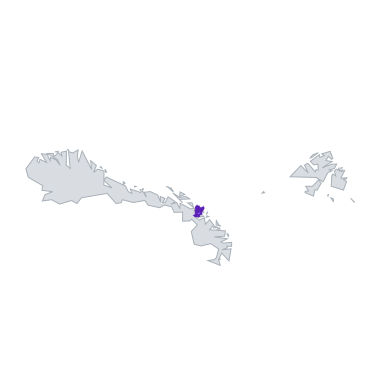 Tromsø nor, Troms, Norway (highlighted), rotated 74°
{"feature_id": "86288312B12055584821312", "entity_name": "Tromsø nor", "entity_type": "district", "adm_level": 2, "iso_a3": "NOR", "parent_name": "Norway", "parent_adm1": "Troms", "projection": "orthographic", "projection_center": [18.78, 69.672], "detail": "fine", "context": "in_parent", "style": "filled", "palette": "violet", "viewbox_px": 384, "rotation_deg": 74, "n_neighbors": 0, "source": "geoboundaries", "source_scale": "gbopen_adm2", "svg_char_len": 8238}
<svg xmlns="http://www.w3.org/2000/svg" viewBox="0 0 384 384"><g transform="rotate(74 192 192)"><path d="M225.2,196.0L218.0,199.8L219.2,202.2L217.4,209.2L208.8,206.5L206.6,214.8L200.6,215.6L196.9,222.1L198.2,227.4L192.6,237.7L187.1,239.8L185.9,251.4L180.2,261.1L182.7,262.9L182.2,268.1L169.9,274.0L167.1,300.0L171.4,305.7L167.0,310.1L167.1,322.6L160.7,329.1L159.4,338.3L154.0,334.0L153.3,325.8L149.0,335.8L144.8,333.7L132.7,345.3L123.9,345.3L115.0,333.6L116.5,329.8L119.6,332.5L121.8,331.1L118.7,329.1L123.5,323.6L113.7,326.2L116.1,320.8L122.9,319.8L119.7,318.5L123.5,314.0L130.0,311.4L123.9,312.5L115.0,320.6L116.7,314.6L120.1,314.9L117.3,309.7L121.4,307.1L117.7,307.0L118.1,301.4L131.4,305.5L135.8,302.6L119.2,299.5L121.6,295.8L120.1,289.9L126.9,292.7L131.7,292.5L122.3,286.3L142.6,282.3L134.0,280.8L140.2,276.6L146.2,281.3L144.0,276.4L147.6,270.8L160.9,274.8L166.1,267.8L156.6,273.5L153.9,270.3L167.9,254.3L174.1,253.2L176.8,250.1L172.1,250.5L178.3,241.5L177.0,239.4L184.4,237.2L179.1,237.7L180.1,232.0L185.6,225.7L192.8,225.0L187.6,223.7L190.7,219.7L193.9,223.0L194.6,220.6L190.0,216.3L196.7,210.8L198.1,215.7L197.8,209.6L204.8,208.2L199.5,206.6L207.8,198.0L208.6,193.6L211.6,195.8L210.4,193.3L215.6,188.8L215.5,194.2L218.7,186.8L217.8,195.3L220.9,192.7L220.1,187.2L226.7,188.0L223.5,182.6L229.7,180.3L233.2,185.5L238.6,170.6L243.5,172.8L241.2,183.0L246.7,171.0L248.0,178.0L249.7,176.3L251.3,167.8L255.2,168.9L253.5,173.4L255.3,173.3L255.8,179.2L257.4,170.1L268.5,175.5L258.8,180.2L264.1,185.0L270.3,185.1L262.3,195.6L263.1,189.1L261.7,186.5L254.1,182.1L246.8,188.3L246.3,198.3L242.8,204.3L229.8,203.6L225.2,196.0ZM205.0,45.2L208.8,48.7L208.3,54.5L210.2,51.5L210.9,56.2L218.4,63.3L212.3,68.5L204.4,93.5L196.6,80.1L205.7,75.1L197.2,76.4L196.3,72.8L206.7,67.9L204.7,66.7L205.7,64.5L199.9,63.4L199.5,67.6L195.1,69.7L191.2,59.3L194.0,59.6L193.4,54.8L191.1,56.8L191.0,48.0L198.6,47.4L199.1,48.8L195.4,51.1L198.7,54.7L201.3,48.9L204.6,60.1L203.8,49.8L205.0,45.2ZM213.4,39.3L219.7,45.1L221.1,39.1L221.8,39.7L221.6,43.0L224.5,40.5L231.9,45.9L224.8,56.6L214.7,53.0L213.5,51.6L216.2,49.4L211.1,49.3L209.9,47.0L211.4,45.5L209.1,44.0L212.6,44.4L212.2,41.4L213.5,42.8L213.4,39.3ZM219.1,65.3L224.7,71.2L223.9,73.5L229.5,76.3L223.7,83.5L222.5,83.0L223.1,79.6L217.8,81.2L219.7,74.7L215.3,67.1L219.1,65.3ZM195.7,206.0L199.8,204.0L187.6,210.7L193.9,205.2L194.6,199.2L198.0,196.1L195.7,206.0ZM202.4,195.0L207.7,194.6L201.3,199.1L202.4,195.0ZM207.7,191.7L215.2,185.8L211.2,192.1L207.7,191.7ZM189.0,59.7L191.6,66.6L192.1,69.5L189.7,66.0L189.0,59.7ZM192.3,199.6L192.9,205.1L188.7,203.5L192.3,199.6ZM232.8,173.8L230.2,177.9L226.2,176.5L230.7,175.4L232.8,173.8ZM233.5,176.6L232.5,181.2L230.8,180.0L233.5,176.6ZM182.5,210.8L186.9,209.9L181.9,213.0L182.5,210.8ZM246.3,39.0L241.7,41.3L246.4,38.7L246.3,39.0ZM237.3,58.2L240.6,58.6L235.9,60.1L237.3,58.2ZM241.1,170.0L243.8,168.6L244.8,169.4L241.1,170.0ZM235.3,175.2L234.9,177.7L234.0,175.7L235.3,175.2ZM220.1,182.7L220.2,185.2L219.0,184.3L220.1,182.7ZM212.7,122.5L212.4,124.9L211.3,123.0L212.7,122.5ZM233.9,62.6L232.3,62.4L232.1,61.6L233.9,62.6ZM165.1,253.9L165.8,256.0L163.2,255.2L165.1,253.9ZM215.1,182.3L216.6,183.2L217.5,184.6L215.1,182.3ZM210.1,41.0L210.6,42.6L209.7,42.0L210.1,41.0ZM149.1,269.6L146.0,269.3L149.4,268.7L149.1,269.6ZM144.2,272.1L142.8,273.5L142.4,272.6L144.2,272.1ZM181.2,213.5L179.6,215.3L181.5,212.2L181.2,213.5ZM116.5,310.3L115.6,312.8L116.1,309.4L116.5,310.3ZM175.8,239.6L175.3,238.0L176.2,238.2L175.8,239.6ZM264.4,182.6L264.4,184.6L264.3,184.3L264.4,182.6ZM176.5,241.2L174.8,241.4L176.9,240.9L176.5,241.2ZM171.3,244.3L171.3,245.9L170.5,245.3L171.3,244.3ZM118.0,299.1L116.9,300.5L117.3,299.2L118.0,299.1Z" fill="#d9dde1" stroke="#a8b0b8" stroke-width="1"/><path d="M217.4,191.9L217.1,191.9L216.7,191.7L216.2,191.6L215.9,191.6L215.9,191.8L215.9,191.7L216.0,191.8L216.0,192.1L215.8,192.4L215.9,192.7L215.8,192.9L215.8,193.1L215.9,193.3L215.6,193.6L215.5,193.9L215.5,194.1L215.6,194.3L215.3,194.1L214.8,194.6L214.5,194.7L214.8,194.5L215.1,194.1L215.6,193.4L215.4,193.1L215.4,192.9L215.5,192.7L215.4,192.6L215.7,192.1L215.7,191.9L215.8,191.6L215.9,191.1L215.7,190.9L215.4,190.8L215.2,190.9L215.3,190.9L215.5,190.8L215.6,190.3L215.7,189.9L215.7,189.7L215.8,189.3L215.8,188.8L215.6,188.7L215.0,189.0L214.7,189.0L214.2,189.3L213.6,189.2L213.2,189.5L212.9,189.7L212.7,189.9L212.8,189.9L212.7,190.2L212.6,190.5L212.4,190.8L212.3,191.0L212.2,191.0L212.0,191.4L212.0,191.8L212.0,192.3L212.1,192.6L212.3,192.8L212.5,192.6L212.5,192.4L213.0,192.3L213.2,192.1L213.2,192.4L213.5,192.9L213.5,193.0L213.1,192.4L212.9,192.4L212.7,192.5L212.5,192.8L212.3,193.0L212.4,193.3L212.4,193.5L212.8,194.0L213.0,194.4L213.2,194.5L213.3,194.4L213.2,194.3L213.1,194.1L213.9,193.7L214.1,193.8L214.2,194.0L214.0,194.4L213.9,194.4L214.2,194.6L214.7,195.3L214.9,195.2L215.2,195.1L215.3,195.3L215.2,195.4L215.4,195.6L215.6,195.6L215.6,195.9L215.5,196.2L216.0,195.9L215.9,195.4L216.1,195.2L216.6,194.8L216.7,194.5L216.6,194.1L216.6,193.5L217.4,192.4L217.4,192.2L217.4,191.9ZM211.1,187.7L211.0,187.8L211.1,188.0L210.8,187.8L210.5,188.1L210.6,188.3L210.8,188.5L210.6,188.4L210.6,188.5L211.0,188.8L210.9,188.9L211.2,188.9L211.2,189.1L210.9,189.3L210.8,189.9L210.8,190.1L210.7,190.3L210.8,190.5L211.1,190.5L210.9,190.6L210.6,190.5L210.5,190.4L210.6,190.1L210.5,189.9L210.4,189.5L210.6,189.5L210.5,189.4L210.6,189.0L210.5,188.9L210.3,188.9L210.0,189.0L209.8,189.5L209.8,189.8L209.7,189.8L209.8,189.4L209.7,189.2L209.4,189.3L209.4,189.1L209.2,189.0L208.9,189.3L209.0,189.8L209.0,190.1L210.0,190.2L210.4,190.4L210.3,190.5L209.4,190.3L209.1,190.5L208.3,190.2L208.3,190.3L208.4,190.7L208.4,190.9L208.6,191.0L208.7,191.4L208.8,191.5L209.3,191.2L209.3,191.3L208.9,191.6L208.8,192.0L208.8,191.7L208.7,191.6L208.5,191.4L208.4,191.3L208.5,191.4L208.4,191.5L208.1,191.3L207.8,191.5L207.8,191.4L207.6,191.4L207.6,191.5L207.5,191.8L207.4,192.0L207.5,192.4L207.9,192.3L208.1,192.8L208.4,192.9L210.2,192.5L210.5,192.1L210.7,192.3L211.0,192.4L211.3,192.0L211.3,191.7L211.5,191.8L211.5,191.7L211.4,191.7L211.3,191.3L210.9,191.3L210.9,191.2L211.1,190.8L211.0,190.7L211.6,190.6L211.8,190.3L212.1,190.2L212.0,189.9L212.3,189.9L212.5,189.3L212.3,188.9L212.1,188.5L211.9,188.6L211.8,188.4L211.7,188.5L211.6,188.4L211.5,188.2L211.3,188.4L211.4,188.2L211.3,187.8L211.1,187.7ZM211.3,186.2L211.4,186.4L211.5,186.6L211.8,186.6L211.7,186.6L211.5,186.9L211.4,186.8L211.5,186.9L211.5,187.0L211.4,186.8L211.0,186.7L210.9,186.8L210.8,187.0L211.1,187.5L211.7,187.8L211.8,188.0L212.3,188.4L212.4,188.7L212.5,188.8L212.6,189.1L213.4,189.0L213.9,188.6L213.9,188.4L213.5,188.0L213.1,188.3L213.0,188.2L212.9,188.0L212.8,187.4L212.6,187.3L212.3,187.4L212.5,186.6L212.1,186.3L211.9,186.5L211.7,186.2L211.3,186.2ZM211.8,193.7L211.8,193.3L211.6,193.4L211.5,193.2L211.6,192.9L211.6,192.7L211.6,192.4L211.4,192.3L211.2,192.6L210.4,192.7L209.8,193.0L210.2,193.4L210.7,193.5L210.8,193.9L211.8,193.7ZM210.7,185.2L210.6,185.4L210.6,185.7L210.9,185.7L210.7,185.8L210.7,186.0L210.8,186.3L210.9,186.2L211.0,186.2L210.9,186.1L211.0,186.1L211.1,185.7L211.2,185.8L211.3,185.7L211.2,185.4L210.7,185.2ZM212.3,190.1L212.2,190.2L212.1,190.4L211.9,190.4L211.8,190.6L211.8,190.8L211.8,191.1L211.8,191.3L212.1,191.1L212.2,190.9L212.2,190.7L212.4,190.4L212.3,190.1ZM210.3,188.2L209.8,188.1L209.6,188.3L209.5,188.5L210.0,188.6L210.3,188.5L210.2,188.4L210.3,188.3L210.3,188.2ZM207.9,190.6L207.7,190.7L208.1,190.8L207.8,190.9L207.9,191.0L207.7,191.0L207.9,191.1L208.2,190.9L208.2,190.7L207.9,190.6ZM208.5,189.4L208.2,189.6L208.4,190.0L208.6,190.0L208.6,189.9L208.6,189.7L208.5,189.4ZM210.1,185.4L210.0,185.6L209.9,185.6L210.0,185.7L210.1,185.8L210.2,185.6L210.3,185.5L210.1,185.4ZM211.5,190.8L211.3,190.9L211.1,190.9L211.2,191.0L211.3,191.1L211.5,190.8ZM208.2,190.3L208.1,190.6L208.3,190.6L208.2,190.5L208.2,190.3ZM207.9,189.8L207.7,189.7L207.6,189.8L207.8,189.9L207.9,189.8ZM207.3,191.1L207.1,191.1L207.3,191.3L207.3,191.2L207.4,191.3L207.4,191.2L207.3,191.1ZM208.0,189.3L208.0,189.5L208.2,189.4L208.0,189.3ZM211.1,192.5L210.9,192.4L210.8,192.5L211.0,192.5L211.1,192.5ZM207.0,191.4L206.8,191.4L206.8,191.5L207.0,191.6L207.0,191.4ZM209.4,188.3L209.4,188.5L209.5,188.6L209.4,188.3ZM210.0,186.4L209.9,186.5L210.1,186.6L210.0,186.4Z" fill="#8b5cf6" stroke="#5b21b6" stroke-width="1.5"/></g></svg>